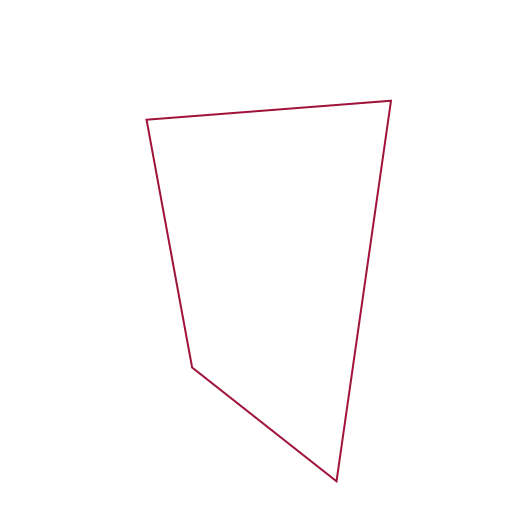 outline of Jarvis Island, rotated 108°
{"feature_id": "UMI-5173", "entity_name": "Jarvis Island", "entity_type": "state/province", "adm_level": 1, "iso_a3": "UMI", "parent_name": "United States Minor Outlying Islands", "parent_adm1": "", "projection": "albers", "projection_center": [-160.021, -0.381], "detail": "fine", "context": "isolated", "style": "outline", "palette": "rose", "viewbox_px": 512, "rotation_deg": 108, "n_neighbors": 0, "source": "natural_earth", "source_scale": "10m", "svg_char_len": 224}
<svg xmlns="http://www.w3.org/2000/svg" viewBox="0 0 512 512"><g transform="rotate(108 256 256)"><path d="M66.6,175.6L445.4,109.8L381.8,282.3L160.2,402.2L66.6,175.6Z" fill="none" stroke="#9f1239" stroke-width="2"/></g></svg>